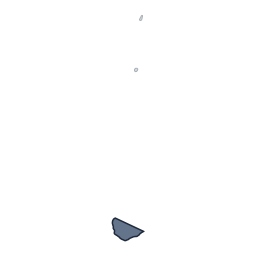 South Huvadhoo, Maldives (highlighted)
{"feature_id": "70690204B13652617140021", "entity_name": "South Huvadhoo", "entity_type": "district", "adm_level": 2, "iso_a3": "MDV", "parent_name": "Maldives", "parent_adm1": "", "projection": "orthographic", "projection_center": [73.171, 0.377], "detail": "fine", "context": "in_parent", "style": "filled", "palette": "slate", "viewbox_px": 256, "rotation_deg": 0, "n_neighbors": 0, "source": "geoboundaries", "source_scale": "gbopen_adm2", "svg_char_len": 1901}
<svg xmlns="http://www.w3.org/2000/svg" viewBox="0 0 256 256"><path d="M141.6,19.9L140.7,20.5L139.8,20.3L139.5,19.6L139.9,18.6L140.7,17.4L141.2,16.1L141.9,15.4L142.5,15.6L142.5,16.4L142.2,17.4L142.0,18.7L141.6,19.9ZM136.4,71.5L135.2,71.6L134.5,70.7L134.6,69.3L135.5,68.3L137.0,68.3L137.8,69.1L137.4,70.5L136.4,71.5Z" fill="#d9dde1" stroke="#a8b0b8" stroke-width="1"/><path d="M115.3,218.1L114.8,218.3L114.4,218.5L114.0,218.8L113.5,219.2L113.4,219.5L113.0,220.1L112.9,220.3L112.8,220.5L112.7,220.9L112.6,221.1L112.5,221.6L112.5,221.8L112.4,222.1L112.4,222.3L112.4,222.6L112.4,223.1L112.4,223.5L112.5,223.8L112.6,224.2L112.7,224.4L112.8,224.7L112.8,225.0L112.9,225.3L113.0,225.6L113.1,225.9L113.3,226.2L113.3,226.5L113.3,227.0L113.3,227.4L113.3,227.7L113.2,228.0L113.3,228.4L113.4,228.7L113.6,228.9L113.7,229.2L113.9,229.4L114.2,229.7L114.4,230.0L114.5,230.4L114.5,230.9L114.5,231.3L114.5,231.8L114.4,232.1L114.3,232.5L114.3,232.9L114.3,233.3L114.4,233.6L114.6,233.9L114.9,234.1L115.1,234.3L115.4,234.5L115.8,234.8L116.2,235.0L116.5,235.2L116.9,235.4L117.2,235.6L117.5,235.9L117.8,236.1L118.3,236.4L118.6,236.6L119.0,237.0L119.4,237.3L119.7,237.5L119.9,237.9L120.1,238.2L120.8,238.7L121.2,238.9L121.6,239.1L121.9,239.3L122.1,239.4L122.6,239.6L123.0,239.7L123.4,239.8L123.8,240.1L124.1,240.3L124.5,240.5L125.2,240.6L125.6,240.6L126.0,240.5L126.4,240.2L126.8,240.0L127.3,239.9L127.7,239.8L128.3,239.5L128.5,239.2L129.0,239.0L129.5,238.6L130.1,238.2L130.6,237.9L131.3,237.7L132.2,237.3L132.7,237.1L133.1,236.9L133.8,236.7L134.5,236.6L135.0,236.5L135.4,236.5L136.0,236.5L136.9,236.4L137.4,236.1L137.8,235.8L138.1,235.6L138.7,235.2L139.2,234.8L139.5,234.4L139.7,234.1L139.9,233.9L140.1,233.6L140.4,233.4L140.9,233.1L141.3,232.8L141.7,232.5L141.9,232.3L142.3,232.2L142.5,232.0L142.9,231.8L143.1,231.7L143.3,231.6L143.5,231.5L143.6,231.4L115.3,218.1Z" fill="#64748b" stroke="#1e293b" stroke-width="1.5"/></svg>